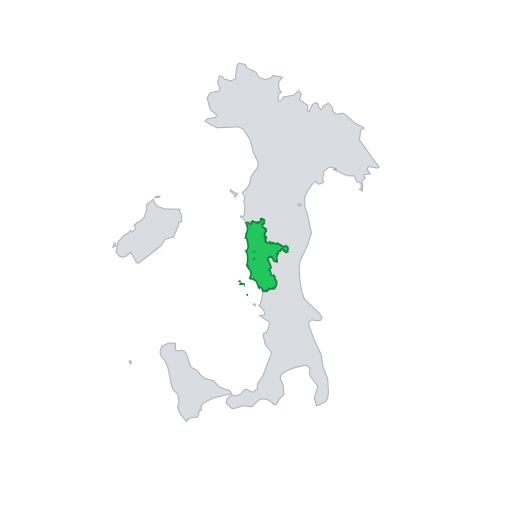 Lazio, Roma, Italy shown in context, rotated 44°
{"feature_id": "23120603B86473916475875", "entity_name": "Lazio", "entity_type": "district", "adm_level": 2, "iso_a3": "ITA", "parent_name": "Italy", "parent_adm1": "Roma", "projection": "natural_earth1", "projection_center": [12.727, 41.812], "detail": "fine", "context": "in_parent", "style": "filled", "palette": "green", "viewbox_px": 512, "rotation_deg": 44, "n_neighbors": 0, "source": "geoboundaries", "source_scale": "gbopen_adm2", "svg_char_len": 9608}
<svg xmlns="http://www.w3.org/2000/svg" viewBox="0 0 512 512"><g transform="rotate(44 256 256)"><path d="M115.4,125.5L118.1,127.0L128.4,123.9L134.6,125.6L139.8,122.7L143.2,118.0L142.6,114.5L150.8,109.0L151.6,115.3L156.1,119.6L160.6,120.7L159.5,123.3L163.8,128.6L165.6,128.1L166.2,127.1L165.1,122.7L171.5,114.0L171.8,108.0L172.9,107.4L176.0,107.8L178.5,113.4L188.8,111.6L192.2,115.9L193.9,115.1L191.3,107.8L192.5,104.1L195.3,103.4L197.2,105.2L201.1,105.7L201.3,103.5L200.3,102.0L201.8,95.7L207.7,96.2L211.1,98.5L215.2,98.5L218.8,93.4L221.5,92.1L234.8,91.8L244.6,88.8L245.4,89.4L243.7,91.9L244.2,93.4L250.1,100.8L282.9,106.6L282.4,108.4L275.4,113.1L274.8,114.8L275.9,116.4L281.2,117.5L277.6,121.9L277.6,123.6L280.4,123.8L280.0,129.1L283.5,130.8L287.4,135.4L283.5,136.3L285.1,135.0L281.2,130.5L277.1,132.4L270.6,130.4L266.2,134.7L251.1,140.1L253.7,137.7L252.6,137.6L247.1,140.8L245.9,147.3L250.1,153.8L253.4,156.1L251.9,160.0L249.9,161.5L247.2,160.4L246.4,163.9L247.9,173.3L250.2,179.9L257.6,187.2L263.1,189.6L279.8,200.8L285.9,213.3L291.3,229.1L295.7,235.0L304.9,243.4L313.2,249.6L321.0,253.4L341.4,253.2L346.5,254.6L347.2,257.3L346.2,259.1L340.2,263.5L339.9,267.0L342.8,269.5L356.7,276.1L371.0,281.5L380.6,288.7L393.1,294.7L402.9,303.9L406.4,308.7L407.1,312.5L404.9,319.0L403.6,321.6L396.7,317.9L391.0,306.8L378.9,304.8L375.3,302.9L373.2,299.6L369.4,299.2L366.8,301.0L360.3,311.4L356.8,320.4L356.6,324.0L358.6,327.5L364.5,329.5L372.1,335.9L372.4,343.8L373.8,348.3L371.9,350.8L368.1,350.2L363.0,351.8L359.5,354.7L358.0,357.5L357.8,367.4L351.0,372.5L345.2,382.5L336.6,382.6L334.5,379.5L334.4,374.9L335.9,372.1L339.0,370.8L341.1,364.9L340.4,360.7L341.6,358.8L348.6,356.0L348.9,350.1L346.2,347.4L343.9,336.8L335.1,316.2L332.3,314.1L324.8,313.6L315.9,308.1L315.3,305.8L316.8,303.6L315.7,300.7L312.9,295.5L311.0,294.2L300.1,296.5L303.1,292.3L299.2,289.6L292.4,289.6L292.5,287.7L287.6,279.3L284.4,275.9L271.9,274.2L267.8,275.7L261.7,270.4L256.1,268.4L241.9,253.2L235.0,248.7L230.7,242.0L222.0,237.7L218.0,238.7L217.1,237.9L219.2,236.6L218.7,234.1L212.9,227.5L209.5,225.4L207.1,221.2L202.2,220.2L202.4,212.6L200.6,207.2L197.4,202.7L195.6,191.8L194.2,188.7L190.7,186.4L182.7,183.8L171.6,176.8L158.4,173.5L152.9,176.0L138.8,191.0L125.8,194.5L125.6,191.4L130.6,184.4L129.7,181.8L121.6,182.6L111.1,176.3L109.8,170.7L112.9,165.4L114.7,164.1L113.8,160.6L107.5,157.6L105.0,152.9L104.9,151.3L106.5,150.4L110.3,150.7L116.3,147.4L118.1,142.9L109.5,131.4L109.9,129.1L115.4,125.5ZM252.4,190.2L252.9,187.4L250.2,189.1L250.9,190.4L252.4,190.2ZM334.2,372.0L323.9,387.6L320.4,398.2L320.9,402.2L323.9,405.2L322.4,406.3L325.7,411.3L325.6,412.7L321.0,418.3L321.0,423.2L312.2,422.5L305.0,419.6L301.4,414.0L298.6,411.6L295.5,409.7L289.3,409.8L286.6,408.7L270.1,397.5L263.7,394.6L256.3,393.8L253.3,391.4L250.9,386.5L253.9,378.9L258.7,374.7L263.1,379.5L266.9,377.9L267.1,376.4L269.8,374.5L273.2,374.4L286.2,381.2L293.0,379.3L299.2,380.1L304.8,379.2L312.2,375.2L320.8,375.7L330.6,371.2L334.2,372.0ZM178.9,287.3L183.3,299.7L179.0,307.2L180.6,315.3L176.5,342.8L174.6,343.7L163.5,340.5L162.5,346.8L161.0,349.4L158.8,351.0L152.8,350.6L146.9,341.5L146.6,332.6L147.8,330.0L148.0,324.8L150.3,324.5L150.6,321.0L149.3,319.2L147.0,318.5L147.1,314.6L148.7,311.6L148.8,306.4L145.9,299.7L141.7,294.8L142.8,286.3L146.3,288.5L151.7,288.4L158.1,285.2L168.7,275.2L170.1,277.0L174.5,278.7L178.6,283.0L177.0,285.7L178.9,287.3ZM199.1,223.7L200.0,225.7L199.7,228.3L197.6,226.8L192.4,227.4L191.8,226.0L198.2,224.8L199.1,223.7ZM148.4,346.0L146.9,349.2L145.3,345.0L145.5,344.5L148.4,346.0ZM145.9,280.3L143.5,283.7L142.3,283.6L145.3,279.6L145.9,280.3ZM240.9,421.0L238.0,420.2L237.9,418.7L240.1,418.9L240.9,421.0ZM290.3,292.0L287.9,292.9L288.0,291.2L290.3,292.0Z" fill="#d9dde1" stroke="#a8b0b8" stroke-width="1"/><path d="M226.1,238.8L225.9,239.1L228.8,240.5L230.6,241.8L231.4,242.6L232.3,243.9L232.8,245.3L233.3,245.8L233.1,246.2L233.4,246.5L233.4,246.9L234.0,247.4L234.2,248.0L234.6,248.3L234.1,248.1L235.0,248.7L234.9,248.9L235.2,249.4L235.7,250.4L237.8,250.0L239.0,250.8L239.4,251.4L240.5,251.8L241.2,252.7L243.5,254.0L244.4,255.2L245.1,256.8L245.7,258.3L245.6,258.6L245.4,258.7L245.8,259.3L245.6,259.5L246.5,259.5L245.9,259.7L247.2,260.1L248.9,261.1L251.1,262.8L254.1,266.3L255.4,268.4L255.7,269.1L255.8,269.2L256.2,269.3L256.0,269.1L256.5,268.9L257.1,268.8L258.1,269.3L259.5,270.4L259.9,270.1L261.4,270.2L263.1,270.9L264.3,271.8L265.3,273.0L266.2,274.7L266.5,275.5L266.4,275.8L266.7,276.2L267.3,276.4L268.0,276.3L268.2,275.8L269.7,274.8L270.9,274.4L272.2,274.4L272.4,274.0L273.0,273.9L275.4,274.6L277.0,275.4L277.4,275.8L278.0,275.9L278.5,276.4L278.9,276.3L279.7,276.9L279.8,276.7L280.2,277.0L280.7,276.9L280.2,276.6L280.2,275.9L280.6,275.5L281.1,275.4L281.3,275.4L281.1,275.3L281.5,275.1L282.3,275.2L283.0,275.7L283.7,275.3L285.1,276.4L285.4,275.7L285.7,275.8L286.4,275.5L286.5,275.7L286.7,275.4L286.9,275.4L286.9,275.1L287.1,275.1L286.8,275.0L286.8,274.5L287.5,274.1L287.6,274.3L287.8,274.1L288.2,274.2L288.4,273.9L288.5,273.5L288.0,272.7L287.9,272.0L288.1,271.9L287.8,271.8L288.0,271.3L288.3,271.1L288.0,270.8L288.3,270.6L287.8,270.5L287.6,270.1L288.0,269.8L288.7,269.9L290.2,268.6L290.6,268.6L291.0,268.0L290.5,267.6L290.6,267.4L291.0,267.0L291.9,266.7L291.3,266.2L291.7,266.0L291.8,265.6L291.1,265.0L291.3,264.6L291.5,264.5L291.5,263.9L291.1,263.4L290.8,262.4L290.3,261.8L289.7,261.5L289.1,260.4L288.7,260.4L288.5,259.9L288.1,260.1L287.5,260.0L287.2,259.7L286.6,259.6L286.3,259.2L285.8,259.6L285.1,259.4L285.0,259.2L284.7,259.0L284.7,258.6L284.2,258.1L284.2,257.8L283.9,257.8L283.6,258.1L283.3,258.0L283.0,257.6L282.5,257.4L281.9,257.6L282.0,258.0L281.7,258.3L280.5,258.8L280.2,259.2L278.9,258.6L278.9,258.4L278.5,257.7L277.5,257.5L277.1,257.0L276.2,256.6L275.7,256.6L275.5,257.1L275.3,257.2L274.9,256.8L274.9,255.7L274.7,255.5L275.3,254.4L274.8,253.7L274.4,253.8L273.4,252.8L272.9,252.9L272.3,252.4L271.7,252.2L271.3,251.8L270.6,251.7L268.2,250.5L268.1,251.0L267.2,250.9L266.9,250.8L266.7,250.2L266.2,249.7L266.3,249.3L266.0,248.9L266.1,248.2L266.4,247.8L266.3,247.4L266.7,247.6L267.7,246.7L267.7,246.3L267.9,246.1L267.7,245.6L268.7,245.6L269.8,246.4L270.2,246.2L270.5,246.2L271.6,247.1L271.9,247.2L272.6,246.8L272.7,247.0L273.3,246.9L273.6,246.3L273.9,246.3L273.8,246.1L274.6,245.9L274.3,245.6L275.2,245.5L275.0,245.2L274.2,244.9L274.0,244.6L274.2,244.3L274.1,244.1L272.7,243.7L272.4,243.1L271.6,242.6L271.4,242.1L271.3,241.0L270.4,240.6L269.4,239.8L270.3,239.0L270.5,238.8L270.3,238.4L269.5,238.0L268.7,237.1L269.0,236.4L269.4,236.4L270.1,235.9L269.9,235.7L270.0,234.8L269.8,234.8L269.5,233.9L269.7,234.0L270.0,233.7L269.9,233.0L270.4,232.7L270.4,232.4L271.3,232.5L271.8,232.9L272.0,232.5L272.7,232.5L273.0,233.0L273.7,232.6L274.2,232.8L275.2,232.6L275.5,232.3L275.5,231.7L275.6,231.3L275.9,231.0L275.9,230.6L274.9,230.4L274.3,229.7L274.6,229.0L274.1,228.6L273.6,228.0L273.0,227.8L272.8,227.5L272.2,227.5L272.0,228.1L270.3,227.7L270.4,228.5L269.9,229.2L270.1,229.4L269.9,229.6L269.9,229.9L269.2,230.5L268.8,230.1L268.5,230.2L268.5,230.4L268.2,230.7L267.1,231.2L266.4,231.1L266.1,230.7L265.9,231.0L265.9,231.3L265.6,231.5L264.3,231.4L263.9,231.5L263.7,231.9L263.4,231.9L263.4,231.7L262.9,231.5L262.4,231.7L262.4,232.0L262.8,232.7L262.8,233.2L261.6,233.5L260.9,234.1L259.7,234.2L259.7,234.8L258.5,234.9L258.1,235.2L258.4,235.7L258.9,236.2L258.5,236.5L257.9,236.5L257.7,236.8L257.2,237.1L256.6,237.0L256.3,236.5L256.3,236.2L255.7,236.3L255.8,236.8L255.6,237.3L255.7,238.0L255.5,238.3L254.5,239.0L254.0,239.0L253.4,239.6L253.1,239.1L253.1,238.6L253.0,238.3L252.5,238.5L252.2,238.3L251.9,238.6L251.8,238.4L251.5,238.5L251.3,238.5L251.7,238.3L251.7,237.9L251.9,237.8L251.8,237.5L251.5,237.7L250.5,237.6L250.7,237.2L250.5,236.6L251.0,236.6L250.9,236.3L250.5,236.2L250.5,235.9L250.9,235.6L250.7,235.3L250.3,235.2L249.9,235.3L249.9,235.6L248.9,236.1L248.8,235.7L248.3,235.4L248.0,235.6L247.4,235.5L247.7,235.5L247.8,235.3L247.4,234.9L247.0,234.9L247.0,234.7L247.4,234.6L247.0,234.4L246.8,234.1L247.1,233.9L247.0,233.3L246.7,233.3L246.1,232.9L246.2,232.7L246.2,232.2L246.3,232.1L246.3,231.9L245.8,231.6L246.2,231.1L245.7,230.8L245.8,230.6L245.2,230.0L244.8,230.0L244.1,229.5L243.8,229.8L243.7,230.1L243.4,230.0L243.2,230.4L242.7,229.9L242.4,230.2L241.9,230.2L240.8,230.6L240.7,230.4L240.2,230.0L238.5,229.3L238.7,228.9L238.1,228.6L238.2,228.4L238.7,227.9L239.1,227.9L239.0,227.7L239.3,227.2L239.5,227.0L239.5,226.7L238.2,226.2L237.7,225.0L237.6,224.5L236.2,224.3L235.3,224.8L235.1,225.7L234.6,225.0L234.1,224.9L233.5,226.0L234.5,226.6L234.4,226.9L235.1,227.1L235.4,227.3L235.1,227.7L234.9,228.5L234.3,228.5L234.5,228.6L234.5,229.1L234.5,229.7L234.9,229.8L235.1,230.1L235.0,230.6L234.4,230.9L233.6,230.7L233.7,231.2L233.2,231.6L233.3,231.8L232.6,231.6L232.3,232.0L231.8,232.2L232.0,232.5L231.9,232.6L231.2,232.7L230.9,233.1L230.4,233.0L230.1,233.4L229.8,232.9L229.2,233.0L229.3,233.5L229.5,233.8L229.0,234.1L228.8,234.7L229.4,235.0L229.5,235.4L230.2,235.6L230.2,237.3L228.3,237.1L227.6,237.3L226.9,237.2L226.7,237.3L226.7,237.8L226.6,238.0L225.9,238.6L226.1,238.8ZM251.6,254.5L251.4,254.5L251.6,254.3L251.6,254.5ZM256.7,259.9L256.5,259.5L256.5,259.4L256.8,259.8L256.7,259.9ZM265.2,285.6L264.6,285.8L264.8,285.9L264.5,286.1L264.2,286.1L264.3,286.3L264.1,286.8L264.4,286.9L264.2,287.2L264.3,287.5L264.8,286.9L264.5,286.9L264.7,286.1L265.4,285.7L265.2,285.6ZM276.6,289.9L276.3,290.3L276.0,290.5L276.6,290.3L276.7,290.1L276.6,289.9ZM261.8,285.2L261.9,285.4L261.7,285.9L262.0,285.8L262.0,285.2L261.8,285.2ZM267.0,284.4L266.8,284.5L267.2,284.6L267.0,284.4ZM277.3,290.3L277.2,290.4L277.4,290.3L277.3,290.3Z" fill="#22c55e" stroke="#15803d" stroke-width="1.5"/></g></svg>